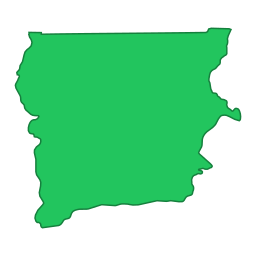 outline of Upper West
{"feature_id": "GHA-2157", "entity_name": "Upper West", "entity_type": "Region", "adm_level": 1, "iso_a3": "GHA", "parent_name": "Ghana", "parent_adm1": "", "projection": "mercator", "projection_center": [-2.051, 10.34], "detail": "fine", "context": "isolated", "style": "filled", "palette": "green", "viewbox_px": 256, "rotation_deg": 0, "n_neighbors": 0, "source": "natural_earth", "source_scale": "10m", "svg_char_len": 3754}
<svg xmlns="http://www.w3.org/2000/svg" viewBox="0 0 256 256"><path d="M211.2,28.3L229.2,28.8L231.0,29.5L228.2,35.8L227.4,38.7L227.7,40.9L227.6,42.9L227.3,44.1L226.8,45.1L226.6,45.9L226.6,46.8L226.8,47.6L226.8,53.7L226.3,54.6L225.6,55.2L224.8,55.5L224.2,55.9L223.7,56.4L221.6,57.9L220.5,59.4L220.2,60.6L220.2,62.5L220.0,63.4L219.8,64.0L217.8,65.8L215.8,68.2L215.0,68.8L213.7,69.4L212.8,69.9L211.8,70.6L210.5,72.2L210.0,73.4L209.6,74.8L208.9,78.9L208.9,80.2L209.0,81.2L209.7,82.5L209.9,83.3L210.7,88.4L210.9,89.2L211.2,89.9L211.6,90.6L212.1,92.0L212.5,92.6L213.1,93.0L214.0,93.1L214.8,93.2L215.7,93.3L216.4,93.6L216.8,94.1L217.2,94.8L217.4,95.5L217.8,96.2L218.3,96.6L219.0,96.9L219.5,97.3L219.9,97.7L220.5,98.5L221.0,99.0L221.7,99.3L223.4,99.5L224.2,99.7L226.2,100.7L226.7,101.2L227.0,102.2L227.0,103.1L226.7,104.5L226.8,105.3L227.3,106.8L227.6,107.5L228.1,108.0L229.2,108.8L230.4,109.5L231.9,110.9L232.2,111.1L232.6,111.1L233.0,110.9L233.4,110.5L234.8,108.9L235.4,108.5L236.1,108.4L236.9,108.5L238.3,109.1L238.9,109.9L239.5,111.1L240.3,113.7L240.6,116.6L240.4,119.0L240.2,119.8L239.3,120.7L234.7,119.3L229.5,116.6L226.4,115.3L224.5,115.1L223.5,115.2L222.5,115.3L221.5,115.6L220.8,116.0L220.3,116.4L218.4,118.9L215.6,124.3L214.7,125.4L212.7,127.4L206.9,131.7L205.1,133.5L203.8,135.4L203.0,137.0L202.7,137.8L202.3,139.5L202.0,145.1L201.8,146.0L201.5,147.0L199.2,151.2L198.8,152.2L198.7,153.1L199.6,154.2L210.5,163.9L211.6,165.1L212.2,166.1L211.8,167.0L211.3,167.5L209.7,168.0L207.9,169.0L207.3,169.2L206.6,169.2L205.8,169.2L204.9,169.1L203.5,168.5L202.8,168.4L202.1,168.5L201.4,168.8L199.6,169.1L198.7,169.4L198.6,169.8L198.9,170.2L201.3,170.8L202.0,171.2L202.4,171.8L202.3,172.9L201.8,173.5L201.0,173.8L200.2,173.9L199.4,173.7L198.5,173.6L197.7,173.7L195.8,174.8L194.9,175.0L193.7,175.6L193.1,176.2L192.6,176.8L192.3,177.4L191.8,179.0L191.6,179.8L191.8,182.3L191.8,183.0L191.8,183.8L192.1,184.5L193.2,186.2L193.5,187.0L193.6,187.8L193.6,188.8L193.4,190.0L192.8,191.6L192.5,193.2L192.1,194.2L191.5,194.8L190.9,195.1L187.5,196.1L186.2,197.0L185.3,198.2L184.1,200.3L183.3,201.1L182.4,201.6L178.9,201.7L171.0,200.7L170.4,200.7L168.1,201.1L166.3,201.3L157.0,200.7L138.4,204.8L133.0,205.0L129.6,204.5L127.9,204.1L124.1,203.9L122.2,203.9L120.5,204.1L115.9,205.5L115.0,205.6L102.3,204.7L101.5,204.7L88.3,208.9L86.6,209.1L79.4,209.2L77.3,209.6L75.1,210.2L74.0,210.8L73.1,211.3L72.6,211.8L71.8,212.9L71.4,213.6L70.5,216.3L69.8,217.5L69.1,218.1L68.1,218.5L65.5,219.1L64.6,219.5L63.9,220.0L63.4,220.6L62.6,222.0L61.9,223.0L60.8,224.3L59.6,225.1L58.6,225.5L42.4,227.7L41.3,226.9L40.8,225.6L40.7,224.2L39.9,223.1L38.7,222.4L37.9,222.5L37.1,222.4L35.9,221.1L35.0,218.1L35.5,215.0L37.9,210.2L42.8,204.7L43.7,203.2L43.3,201.8L39.9,196.2L39.3,192.6L40.6,186.0L40.8,182.3L39.9,179.7L36.6,174.8L35.9,171.8L35.9,164.1L35.9,159.4L34.4,152.8L34.5,150.0L36.4,147.0L39.3,144.7L40.3,143.4L40.8,141.5L40.7,139.6L40.2,138.8L39.3,138.4L37.9,137.5L36.5,137.0L35.3,137.0L34.3,136.7L34.0,135.0L33.5,134.1L32.3,133.8L30.8,133.6L29.6,133.0L28.4,130.7L28.4,127.6L29.1,124.7L30.1,122.5L31.1,121.2L32.2,120.3L33.6,119.8L35.4,119.7L37.0,119.0L38.3,117.7L38.9,116.3L38.4,115.7L34.9,115.6L32.6,115.2L30.8,114.3L25.8,109.9L24.7,108.0L24.2,105.2L23.8,104.5L21.9,102.6L21.2,101.7L20.8,100.3L20.6,97.2L20.2,95.8L16.0,88.1L15.4,85.3L15.8,83.9L17.7,80.4L18.6,78.0L19.0,77.5L19.3,76.8L19.3,75.9L18.9,75.2L18.2,74.9L17.6,74.8L17.3,74.8L17.2,74.2L16.8,72.7L17.3,71.8L18.8,70.3L19.6,68.9L20.1,65.6L22.5,61.7L24.1,54.9L25.1,51.9L27.0,49.7L29.3,47.9L31.2,45.8L32.0,42.4L31.2,39.7L29.6,37.1L28.8,34.3L29.2,33.3L29.0,32.4L41.3,32.6L41.3,34.2L44.5,34.2L57.9,34.0L85.8,33.7L120.3,33.4L152.5,33.1L183.8,32.8L206.0,32.5L207.6,31.6L208.7,29.0L211.2,28.3Z" fill="#22c55e" stroke="#15803d" stroke-width="1.5"/></svg>